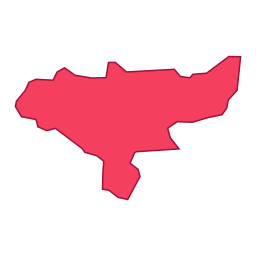 Toguz-Toro, Jalal-Abad, Kyrgyzstan (Equal Earth projection)
{"feature_id": "92254566B7375851562443", "entity_name": "Toguz-Toro", "entity_type": "district", "adm_level": 2, "iso_a3": "KGZ", "parent_name": "Kyrgyzstan", "parent_adm1": "Jalal-Abad", "projection": "equal_earth", "projection_center": [74.04, 41.261], "detail": "fine", "context": "isolated", "style": "filled", "palette": "rose", "viewbox_px": 256, "rotation_deg": 0, "n_neighbors": 0, "source": "geoboundaries", "source_scale": "gbopen_adm2", "svg_char_len": 706}
<svg xmlns="http://www.w3.org/2000/svg" viewBox="0 0 256 256"><path d="M127.7,199.5L140.0,176.5L138.1,169.4L130.1,163.2L134.6,152.7L136.3,151.7L179.0,148.9L170.2,137.6L167.7,128.2L177.2,121.7L192.5,122.2L207.9,117.6L222.0,114.7L226.7,108.2L228.3,100.0L237.1,90.2L240.6,56.7L228.9,56.5L206.6,73.2L192.8,74.3L190.0,77.8L180.3,76.4L174.3,69.3L126.5,72.0L115.3,62.4L108.5,62.4L106.0,77.7L91.5,78.0L75.1,75.3L64.6,67.8L57.2,71.9L53.0,80.2L35.9,79.3L28.9,82.4L25.3,90.3L16.4,101.3L15.4,106.6L21.5,116.7L36.0,119.5L37.9,126.8L46.8,130.6L55.5,128.4L82.2,148.6L84.9,152.4L96.6,155.6L103.8,161.3L103.0,170.3L102.5,189.2L108.8,190.2L118.2,197.4L127.7,199.5Z" fill="#f43f5e" stroke="#9f1239" stroke-width="1.5"/></svg>